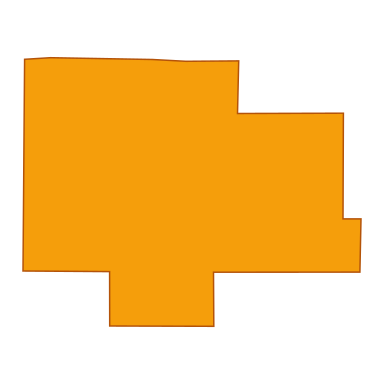 Langlade, Wisconsin, United States of America (Albers equal-area conic projection)
{"feature_id": "52423323B38339757578599", "entity_name": "Langlade", "entity_type": "district", "adm_level": 2, "iso_a3": "USA", "parent_name": "United States of America", "parent_adm1": "Wisconsin", "projection": "albers", "projection_center": [-89.026, 45.249], "detail": "fine", "context": "isolated", "style": "filled", "palette": "amber", "viewbox_px": 384, "rotation_deg": 0, "n_neighbors": 0, "source": "geoboundaries", "source_scale": "gbopen_adm2", "svg_char_len": 328}
<svg xmlns="http://www.w3.org/2000/svg" viewBox="0 0 384 384"><path d="M109.7,326.0L213.8,326.3L213.5,272.2L235.7,272.2L359.9,272.1L361.0,218.9L343.0,218.9L343.4,113.2L237.5,113.5L238.7,60.9L186.0,61.3L152.4,59.5L50.5,57.7L24.6,59.3L23.0,271.0L109.6,271.6L109.7,326.0Z" fill="#f59e0b" stroke="#b45309" stroke-width="1.5"/></svg>